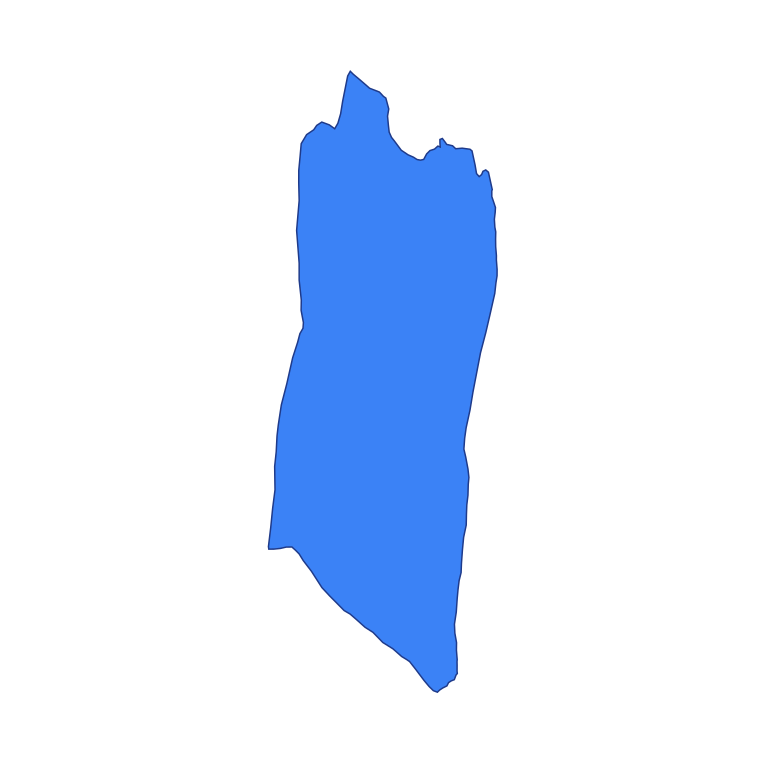 Arjeplog, Norrbotten, Sweden (Equal Earth projection), rotated 257°
{"feature_id": "70781695B22534233820232", "entity_name": "Arjeplog", "entity_type": "district", "adm_level": 2, "iso_a3": "SWE", "parent_name": "Sweden", "parent_adm1": "Norrbotten", "projection": "equal_earth", "projection_center": [17.292, 66.388], "detail": "fine", "context": "isolated", "style": "filled", "palette": "blue", "viewbox_px": 768, "rotation_deg": 257, "n_neighbors": 0, "source": "geoboundaries", "source_scale": "gbopen_adm2", "svg_char_len": 2086}
<svg xmlns="http://www.w3.org/2000/svg" viewBox="0 0 768 768"><g transform="rotate(257 384 384)"><path d="M696.3,421.5L692.3,417.9L669.0,407.4L657.0,402.5L648.4,397.7L643.8,393.4L648.8,389.0L653.2,382.3L651.1,376.6L647.5,372.7L644.4,364.7L636.8,357.4L624.8,353.5L611.3,349.0L599.3,346.2L581.8,342.6L553.3,333.4L520.8,328.5L504.3,324.7L484.4,322.3L474.4,319.8L462.0,319.3L456.5,317.6L452.0,313.4L444.0,309.2L430.1,300.9L406.2,289.4L386.8,279.3L367.9,271.8L357.5,268.1L342.1,263.7L328.2,258.9L305.4,254.0L288.1,247.6L269.8,241.4L251.5,234.8L249.0,234.6L247.9,239.6L247.1,246.1L247.1,252.0L245.9,257.6L241.9,260.4L237.5,263.1L230.1,265.6L218.0,271.1L199.6,277.7L189.7,283.4L178.4,290.4L172.2,294.2L167.5,299.2L161.6,303.5L151.1,310.9L144.5,317.4L132.4,324.7L124.0,333.1L114.5,339.9L110.7,343.8L107.8,346.5L98.6,350.8L86.2,356.3L79.1,359.9L74.1,363.1L71.7,366.7L73.3,369.4L74.6,372.9L75.7,377.4L78.5,379.7L79.6,382.7L80.1,386.0L84.2,388.7L85.4,390.3L87.8,390.6L93.7,392.0L97.1,392.7L98.9,393.3L108.4,394.7L115.7,396.5L125.3,397.0L134.1,398.6L145.5,403.1L158.3,407.0L167.1,409.9L175.6,413.0L182.9,416.7L191.7,419.1L205.0,423.2L216.7,427.1L228.1,432.4L238.8,435.1L247.6,437.5L256.8,440.8L267.2,443.5L273.8,445.7L282.3,446.7L294.5,447.2L302.6,447.2L313.0,450.4L322.9,454.2L339.2,461.9L356.2,468.9L392.8,485.1L411.3,494.8L427.2,502.6L447.3,512.3L457.3,515.8L464.0,518.5L470.3,520.0L479.6,521.4L483.7,522.4L492.6,523.7L500.0,525.3L507.1,527.1L511.9,527.3L519.7,528.6L526.4,531.0L530.9,532.3L536.5,531.8L542.4,531.2L548.0,532.5L549.0,533.2L566.9,533.4L569.7,531.3L569.0,528.3L566.1,526.2L564.7,523.4L568.2,521.5L576.7,522.0L591.3,522.2L593.4,520.6L596.2,513.2L597.1,506.8L600.7,504.4L603.4,498.9L605.2,498.3L610.1,496.1L609.7,493.5L606.2,492.7L602.3,492.1L603.7,490.0L601.5,486.0L601.1,481.3L598.6,477.3L593.9,473.2L593.9,469.9L595.3,466.7L598.4,463.7L601.9,459.0L607.9,453.4L618.4,448.8L622.6,446.8L628.2,445.7L635.3,446.5L644.2,447.7L650.9,450.5L662.2,450.1L664.3,448.2L669.5,445.2L675.4,436.5L684.1,430.2L692.8,423.7L696.3,421.5Z" fill="#3b82f6" stroke="#1e3a8a" stroke-width="1.5"/></g></svg>